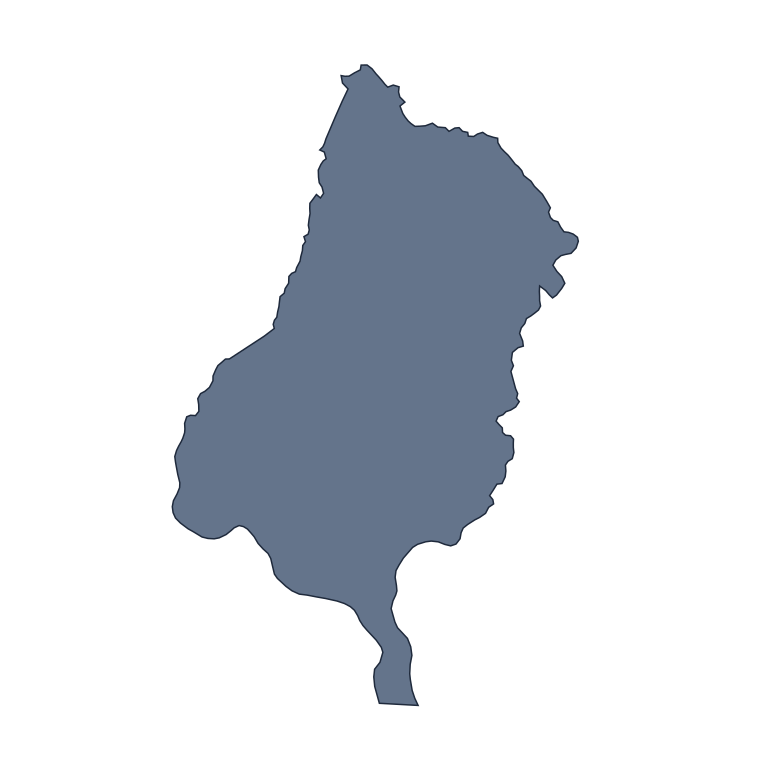 the district of Camamu, Bahia, Brazil, rotated 124°
{"feature_id": "56859067B78480965793376", "entity_name": "Camamu", "entity_type": "district", "adm_level": 2, "iso_a3": "BRA", "parent_name": "Brazil", "parent_adm1": "Bahia", "projection": "orthographic", "projection_center": [-39.173, -14.002], "detail": "fine", "context": "isolated", "style": "filled", "palette": "slate", "viewbox_px": 768, "rotation_deg": 124, "n_neighbors": 0, "source": "geoboundaries", "source_scale": "gbopen_adm2", "svg_char_len": 3711}
<svg xmlns="http://www.w3.org/2000/svg" viewBox="0 0 768 768"><g transform="rotate(124 384 384)"><path d="M651.3,209.3L631.4,176.0L627.3,182.8L622.3,189.3L614.2,197.0L609.9,200.6L601.8,205.5L593.4,209.1L586.9,214.9L581.8,222.3L578.5,236.5L575.2,241.9L566.2,252.5L558.8,255.3L552.4,256.3L548.3,257.6L544.1,261.0L538.0,266.7L532.0,269.7L525.6,270.3L517.5,270.6L503.5,268.9L498.1,266.5L491.5,261.2L487.8,257.0L484.5,250.7L483.0,243.9L480.9,238.2L476.4,234.8L469.8,234.4L464.2,236.9L459.1,237.8L453.7,236.1L446.0,232.8L441.1,230.1L434.4,227.5L427.7,228.3L422.1,226.1L419.0,229.1L417.5,234.0L410.9,234.1L403.9,234.4L400.5,230.5L393.2,231.6L388.0,234.3L383.3,238.0L378.8,238.0L374.2,235.9L368.2,238.0L364.3,241.3L360.6,243.8L357.3,245.8L356.1,250.1L358.5,254.6L357.9,258.6L354.2,261.4L353.3,265.9L352.1,270.3L347.2,271.2L343.0,268.2L338.7,267.4L334.8,264.4L329.4,262.0L323.0,262.0L321.6,266.2L317.2,267.8L314.3,272.3L302.6,285.8L296.5,286.9L293.1,291.7L286.0,295.2L279.0,293.2L274.7,289.7L270.8,293.1L266.2,299.9L260.7,301.6L255.1,301.1L250.1,302.5L245.4,300.3L240.5,298.6L236.3,297.3L231.8,297.8L227.9,301.6L224.2,304.1L220.5,306.9L215.7,309.8L216.1,302.2L217.6,296.9L218.4,292.4L213.8,290.7L205.3,290.1L199.4,290.4L195.6,296.7L194.0,303.6L191.1,310.4L185.1,310.9L178.7,309.1L175.2,306.1L171.1,302.0L163.8,300.8L157.0,302.7L154.2,305.7L153.9,311.0L155.1,315.8L157.2,319.9L155.2,325.3L152.3,330.6L153.7,335.2L152.9,339.1L149.5,343.7L144.9,344.6L141.8,350.8L138.1,358.9L137.2,363.6L136.0,369.9L133.7,375.5L133.4,380.1L133.0,384.8L130.1,389.1L128.7,394.2L128.4,398.2L126.8,402.9L124.9,409.1L124.1,413.9L123.0,418.9L120.2,424.6L116.7,427.2L118.3,431.2L120.2,437.6L120.2,442.9L124.5,446.3L128.6,448.0L131.4,452.7L128.6,455.3L130.6,460.2L129.5,465.1L132.2,468.4L138.2,471.4L137.2,476.5L140.9,483.1L140.7,489.7L146.8,494.1L150.2,498.4L153.1,502.4L153.0,507.3L152.4,511.2L150.9,515.8L149.2,519.7L144.6,526.2L138.6,524.3L137.2,531.4L133.8,535.2L129.2,537.7L131.0,543.5L135.8,546.9L135.0,550.9L133.8,554.6L132.2,560.4L131.3,564.2L129.4,570.1L129.0,576.4L132.4,581.3L136.8,579.3L142.4,582.4L148.3,585.1L150.7,588.4L152.3,592.0L157.7,586.7L159.5,578.8L163.4,578.2L172.7,576.8L190.0,573.7L213.3,569.2L217.6,567.9L221.6,567.3L225.9,568.1L225.1,563.2L229.6,557.9L233.1,559.1L237.2,559.1L243.4,558.1L249.2,553.9L253.4,550.2L255.4,545.5L259.7,540.7L265.3,540.7L264.7,546.0L270.2,546.2L275.6,546.5L279.9,543.8L284.1,540.6L289.4,538.2L294.7,535.5L298.1,532.1L302.2,530.7L306.6,532.8L309.9,528.7L314.6,528.8L319.1,526.2L324.9,524.2L329.1,522.3L336.3,521.5L340.4,520.2L343.9,522.4L348.0,523.0L353.8,519.4L360.2,519.3L364.5,517.5L369.7,519.0L374.8,516.4L378.6,514.4L383.7,512.5L388.6,510.2L392.4,510.5L396.5,509.2L399.3,506.0L411.4,510.1L449.7,526.2L452.0,529.4L456.6,530.6L461.5,532.0L466.2,531.5L473.0,530.2L477.0,527.6L484.4,526.8L490.2,528.4L494.5,530.7L500.3,530.2L504.6,526.2L510.2,522.2L515.6,522.6L518.1,526.9L521.5,529.2L528.1,527.3L532.6,523.9L536.0,522.0L541.4,520.5L545.2,519.9L550.2,519.5L555.1,518.8L561.1,516.9L565.2,513.3L568.3,510.3L574.3,504.4L580.1,498.0L584.2,495.5L590.7,494.1L598.5,493.3L604.1,490.9L608.6,486.9L611.7,481.9L613.1,475.0L613.6,465.5L613.1,459.5L612.6,449.3L610.5,443.6L607.3,438.2L603.7,434.6L597.1,430.7L591.0,428.8L587.0,427.8L582.4,425.0L580.8,420.8L580.6,416.1L581.9,411.0L583.2,406.3L586.6,399.2L588.4,391.8L589.3,385.4L592.0,380.3L597.3,374.6L602.9,368.5L604.8,363.6L606.6,352.1L606.9,344.6L605.6,336.8L602.0,329.7L598.3,321.0L594.5,312.5L590.2,301.6L588.1,294.0L587.4,287.4L588.1,282.0L590.8,276.2L593.6,271.9L596.0,266.4L597.6,260.6L600.7,247.2L603.8,239.0L607.1,234.9L617.0,231.7L625.7,232.3L632.5,228.7L639.9,222.6L651.3,209.3Z" fill="#64748b" stroke="#1e293b" stroke-width="1.5"/></g></svg>